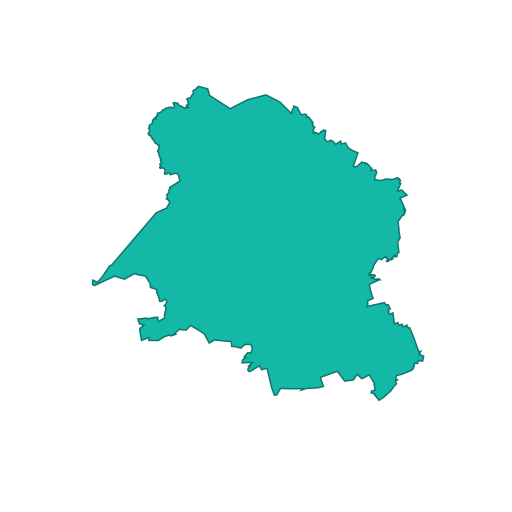 Sinaloa, Sinaloa, Mexico (Equal Earth projection), rotated 249°
{"feature_id": "50627088B88471362672586", "entity_name": "Sinaloa", "entity_type": "district", "adm_level": 2, "iso_a3": "MEX", "parent_name": "Mexico", "parent_adm1": "Sinaloa", "projection": "equal_earth", "projection_center": [-108.03, 26.02], "detail": "fine", "context": "isolated", "style": "filled", "palette": "teal", "viewbox_px": 512, "rotation_deg": 249, "n_neighbors": 0, "source": "geoboundaries", "source_scale": "gbopen_adm2", "svg_char_len": 6142}
<svg xmlns="http://www.w3.org/2000/svg" viewBox="0 0 512 512"><g transform="rotate(249 256 256)"><path d="M332.1,178.4L299.0,117.5L299.4,116.5L299.3,116.0L291.6,104.9L288.2,98.6L291.9,95.1L287.8,93.2L286.3,94.7L287.9,116.8L281.5,124.9L283.1,136.1L280.8,139.1L276.9,145.6L267.9,147.4L266.6,146.6L265.9,146.8L264.4,146.2L260.5,151.3L259.4,150.8L258.3,150.8L257.3,150.1L255.9,150.9L255.1,150.2L253.4,150.6L252.0,150.3L250.7,150.5L249.0,149.7L248.5,149.8L248.1,150.1L247.5,151.7L247.5,152.5L248.4,155.8L245.4,156.7L243.3,154.4L242.5,152.5L240.9,153.4L238.9,152.9L233.7,149.4L232.0,148.8L230.9,148.1L230.5,146.7L230.4,144.8L229.8,142.7L230.0,141.4L234.1,142.3L235.2,138.4L236.1,132.5L236.9,132.1L238.0,129.5L238.0,128.2L239.5,123.1L234.4,122.9L231.7,126.7L230.0,121.6L227.5,120.7L218.2,118.9L218.2,127.0L215.5,125.8L212.1,134.6L213.6,141.9L213.1,147.3L211.9,147.8L211.7,152.5L212.6,151.5L212.8,153.5L213.4,153.8L215.2,158.9L214.1,159.7L212.8,162.2L212.6,163.3L211.8,164.1L214.6,170.1L202.1,179.8L191.5,181.1L192.5,187.1L184.9,202.3L180.3,200.9L178.5,204.6L175.4,208.8L177.4,214.0L175.4,219.3L171.1,219.6L167.4,216.7L168.6,213.6L166.3,209.0L164.9,210.1L164.1,206.7L161.3,204.6L157.9,214.7L155.9,209.7L155.1,211.0L153.8,208.4L152.3,207.5L150.7,208.0L150.4,209.7L152.3,219.7L147.8,220.5L147.2,226.1L127.5,223.4L119.6,223.3L118.8,225.5L123.6,231.4L119.1,242.2L115.5,251.9L114.6,250.3L114.3,255.4L110.8,266.5L110.1,272.2L119.6,272.5L119.2,290.6L107.4,294.0L105.4,302.7L109.4,308.0L103.5,310.8L104.5,319.2L94.0,320.9L93.5,320.1L88.4,319.4L88.3,316.7L88.5,315.3L86.8,314.5L84.6,317.6L84.0,317.0L77.2,319.2L78.3,324.4L81.8,333.5L84.9,338.2L86.4,341.4L89.6,341.4L89.6,343.7L90.9,342.7L91.5,342.6L93.6,344.0L94.0,344.6L93.4,349.2L93.5,360.2L94.4,362.4L99.0,365.7L97.8,368.3L100.2,370.0L98.2,373.9L102.3,376.6L104.9,374.0L105.6,373.0L107.9,375.6L107.9,373.7L126.6,374.0L133.8,373.8L133.9,372.3L135.2,372.4L135.4,371.4L137.3,372.2L137.1,367.8L140.1,367.8L140.0,364.6L143.0,364.5L142.9,360.8L153.8,363.5L153.8,359.9L154.3,359.5L156.2,359.4L156.2,360.0L158.3,359.9L158.4,362.3L163.2,362.0L163.9,359.6L166.4,359.4L169.1,341.8L171.3,343.3L171.7,343.1L174.3,344.5L174.4,350.1L181.9,350.4L188.9,351.6L189.6,362.4L189.4,363.2L190.5,362.7L191.0,361.0L190.8,360.8L191.2,360.3L190.8,360.0L192.7,357.6L192.9,357.8L193.3,357.2L193.7,357.0L194.2,355.2L194.7,355.4L194.5,356.0L194.6,357.3L194.1,357.9L194.1,359.3L195.1,360.3L195.8,359.9L196.5,358.6L197.0,356.5L197.4,356.8L197.6,355.8L197.2,354.7L197.8,354.3L199.5,356.2L199.2,356.9L203.1,361.4L204.2,361.7L206.0,363.8L209.8,369.4L207.7,371.6L209.1,376.8L207.9,376.5L206.2,378.4L204.3,375.9L203.7,376.6L204.0,377.3L203.7,377.5L204.2,378.2L204.2,382.3L204.8,381.7L205.6,382.6L205.5,383.6L207.0,384.8L206.5,386.0L205.7,385.4L204.8,387.1L208.2,389.2L208.0,390.7L218.2,393.2L221.2,397.0L229.8,398.8L229.8,399.0L230.2,399.2L237.2,400.9L241.6,407.4L241.1,408.3L242.9,410.5L243.4,410.0L244.8,411.9L245.9,411.9L245.9,410.8L247.2,410.8L247.4,411.9L256.6,411.5L256.9,411.5L256.9,410.9L258.0,410.9L258.5,411.4L258.7,418.8L265.5,415.6L265.5,411.8L265.6,411.7L267.2,412.8L268.3,413.0L268.1,413.5L271.8,417.0L272.6,416.1L274.7,417.8L275.1,417.3L275.7,417.5L276.2,416.8L276.4,417.5L278.2,416.5L278.5,414.8L278.1,413.9L278.6,412.9L278.4,412.6L278.7,410.0L280.8,406.4L281.5,403.9L281.4,401.5L282.1,398.7L283.7,396.3L284.2,394.4L287.0,395.1L290.7,398.6L293.4,398.6L294.4,394.2L296.2,395.4L296.2,394.8L299.6,394.1L300.6,393.8L301.1,393.1L302.3,393.1L302.6,391.8L303.4,391.6L303.3,391.4L304.1,390.9L303.8,390.3L305.8,388.6L304.1,383.9L303.7,382.3L303.6,379.9L304.8,378.9L315.8,388.2L320.0,383.7L324.2,380.8L329.4,380.1L329.9,376.0L332.9,376.2L331.8,370.4L335.7,368.8L336.1,368.2L336.5,368.2L336.7,367.5L337.3,367.2L337.4,366.6L337.0,365.8L337.0,364.6L338.0,362.5L339.7,362.6L340.7,362.0L348.1,366.0L348.3,365.0L348.7,364.4L349.3,364.5L349.3,364.0L348.6,362.0L348.7,361.9L348.7,361.0L348.4,361.0L347.5,358.5L347.5,357.5L348.6,357.3L349.9,355.8L350.0,355.5L349.5,354.5L350.0,354.5L350.5,353.5L351.0,353.6L351.7,354.5L352.6,354.3L353.0,354.8L353.9,355.2L355.2,357.0L355.8,356.1L356.6,355.7L357.9,356.4L359.5,355.8L360.2,357.0L367.1,354.9L367.1,352.9L368.3,353.5L369.6,353.5L369.9,353.8L370.3,353.5L370.8,352.6L371.5,349.4L372.3,348.6L376.4,348.3L377.1,347.9L379.0,348.2L379.9,347.7L382.4,345.1L382.4,344.8L380.7,344.1L380.0,343.4L379.4,342.2L376.3,340.1L391.0,333.6L402.8,323.1L404.9,304.5L402.8,284.6L422.5,270.2L429.4,270.8L434.8,263.3L434.4,261.3L433.2,259.5L433.2,257.6L432.7,256.4L430.2,255.8L429.1,253.6L427.1,251.8L427.6,249.1L427.6,248.1L426.8,247.6L425.2,248.5L424.1,247.4L422.0,247.7L421.7,245.3L421.1,244.8L419.0,245.8L419.1,245.3L418.9,244.7L419.4,243.7L419.8,243.5L420.0,241.7L421.9,240.7L422.2,239.9L422.7,239.4L423.4,239.4L424.3,238.0L425.1,237.7L425.8,237.9L426.1,237.4L426.5,237.6L428.1,235.5L428.7,234.1L428.4,233.4L425.2,233.6L424.1,232.7L424.0,231.1L424.9,230.7L425.8,228.9L426.3,224.1L425.2,222.9L425.7,222.4L425.7,221.2L425.2,220.7L424.1,217.6L424.4,217.2L424.6,215.2L423.9,214.7L422.8,214.5L422.7,214.0L422.2,214.0L421.5,211.5L420.2,211.8L419.7,211.7L420.7,210.3L420.7,209.8L419.8,208.3L419.4,207.9L418.5,207.9L416.8,206.2L416.3,203.3L414.9,202.7L413.6,201.4L412.2,201.9L410.9,201.3L410.2,201.4L409.7,201.0L409.2,199.3L408.8,199.2L407.9,199.5L406.8,199.5L405.8,200.9L405.5,200.7L403.4,201.3L402.9,201.0L402.4,201.4L401.9,201.2L400.2,202.2L398.1,202.2L397.5,202.9L397.1,202.7L396.8,203.3L394.9,204.1L393.9,205.2L393.6,204.9L392.5,204.8L392.0,204.1L391.0,203.8L390.8,203.2L389.1,201.8L388.8,202.0L388.4,201.7L387.2,202.2L384.6,201.5L382.4,201.8L381.6,201.5L381.2,202.1L379.4,201.1L376.9,201.1L376.6,199.8L376.1,199.1L374.1,199.4L373.5,198.0L372.8,197.7L372.1,198.3L371.8,200.4L371.0,201.4L368.9,202.0L367.8,201.5L366.0,200.1L365.0,200.4L364.7,201.1L364.6,202.3L365.2,203.6L365.2,204.3L364.8,204.7L363.2,204.8L362.5,205.5L362.2,207.5L362.4,209.3L362.0,210.4L360.4,212.7L353.3,211.8L350.9,199.9L349.8,200.0L348.9,198.4L346.6,197.6L344.9,194.3L343.6,194.6L342.7,194.4L341.4,192.8L341.2,193.1L341.1,194.1L340.4,193.9L337.4,194.7L336.6,194.5L332.7,189.5L332.1,178.4Z" fill="#14b8a6" stroke="#0f766e" stroke-width="1.5"/></g></svg>